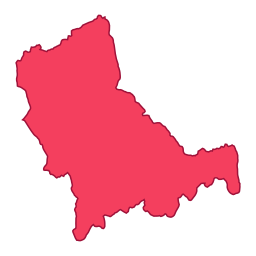 the district of Ikolomani, Western, Kenya
{"feature_id": "3690345B71377831828194", "entity_name": "Ikolomani", "entity_type": "district", "adm_level": 2, "iso_a3": "KEN", "parent_name": "Kenya", "parent_adm1": "Western", "projection": "equal_earth", "projection_center": [34.717, 0.194], "detail": "fine", "context": "isolated", "style": "filled", "palette": "rose", "viewbox_px": 256, "rotation_deg": 0, "n_neighbors": 0, "source": "geoboundaries", "source_scale": "gbopen_adm2", "svg_char_len": 5775}
<svg xmlns="http://www.w3.org/2000/svg" viewBox="0 0 256 256"><path d="M75.4,238.0L76.7,240.2L77.9,240.3L79.2,240.6L80.5,240.6L81.9,240.1L83.8,239.2L84.9,238.0L85.7,236.6L86.3,234.9L87.2,233.9L88.3,232.3L89.9,228.9L91.3,226.5L92.2,225.5L93.4,224.6L94.6,226.2L95.8,226.5L97.1,226.5L98.2,226.2L99.1,226.2L100.3,226.6L101.2,227.3L102.1,228.3L103.5,228.5L104.3,227.6L104.8,226.4L104.8,223.5L104.7,221.8L104.4,220.0L104.0,218.2L103.3,216.2L104.8,215.0L106.0,215.2L107.2,215.6L108.8,216.0L110.1,216.6L111.2,216.1L112.6,214.9L114.1,214.0L114.9,212.9L116.0,212.6L117.0,212.1L119.5,210.0L120.5,209.6L124.0,211.9L126.3,213.1L128.3,211.5L128.7,209.3L129.5,207.5L130.8,207.3L132.0,207.8L134.2,207.0L135.2,205.5L136.3,204.5L137.7,204.6L139.1,203.7L139.9,202.4L140.8,201.6L141.7,200.9L142.9,200.5L144.1,199.6L144.7,201.4L144.2,202.9L144.6,204.1L144.8,205.6L143.9,206.3L143.2,207.7L143.6,209.5L144.8,210.8L145.9,211.5L147.2,210.9L148.7,212.1L150.5,214.5L152.1,215.3L153.8,216.1L158.2,216.0L159.4,215.6L160.8,216.4L162.2,216.0L163.2,215.5L164.0,215.0L165.2,213.8L166.3,214.4L166.8,215.5L167.5,216.3L169.0,216.8L170.4,217.1L171.6,217.0L173.0,216.3L174.2,215.2L174.8,214.0L175.9,211.4L177.9,207.9L178.7,206.4L179.2,204.6L178.5,202.2L178.1,199.5L178.1,198.2L179.0,197.7L180.0,197.5L180.9,196.7L182.5,194.4L183.4,194.2L185.7,196.4L187.1,197.2L187.9,198.4L188.9,200.0L190.3,200.4L191.4,200.0L194.9,195.5L195.6,194.3L196.3,192.8L196.8,191.0L196.7,189.5L196.9,187.8L199.2,185.5L200.2,184.5L201.1,183.5L203.3,183.2L204.9,183.3L204.4,184.5L205.1,185.8L206.1,186.6L207.4,187.1L210.3,184.9L211.5,184.6L212.3,183.4L213.1,182.0L213.7,180.1L214.1,178.5L215.1,177.8L216.8,177.8L218.9,179.3L221.0,179.3L222.3,179.0L223.7,178.6L224.3,179.4L226.1,181.2L227.2,183.8L227.3,185.1L227.2,187.2L227.6,188.9L228.3,190.4L229.0,191.5L230.0,192.7L231.4,193.7L233.2,194.5L234.6,194.1L235.6,193.5L237.5,193.1L238.8,192.5L239.5,191.2L239.9,186.9L239.8,185.1L239.9,183.6L239.0,182.2L238.9,180.2L237.8,175.7L237.6,174.4L237.5,169.0L237.2,167.1L237.1,165.2L237.3,163.6L237.8,161.7L237.9,160.0L237.7,158.7L237.7,155.4L236.7,151.9L235.7,150.3L235.3,148.8L234.2,146.2L232.9,145.6L232.1,145.0L231.2,145.6L228.6,146.5L227.6,145.9L226.8,144.4L225.3,144.2L224.1,146.8L223.2,147.3L222.3,146.6L221.2,146.5L220.2,148.0L218.7,148.7L217.5,148.4L216.6,148.4L215.8,149.1L214.6,149.4L213.0,149.2L212.3,151.0L210.9,150.8L208.6,151.9L206.2,151.4L205.4,150.7L204.6,149.5L203.4,148.7L202.5,148.4L199.4,150.6L198.2,151.2L198.0,152.7L197.5,154.3L196.2,154.8L195.1,155.8L194.1,155.4L193.1,155.8L192.2,155.9L191.3,155.4L190.3,155.2L189.0,155.3L187.6,155.0L185.0,154.2L183.8,152.9L183.3,151.5L183.2,149.7L183.0,148.1L182.1,146.6L179.9,146.1L179.0,145.0L178.3,143.9L177.6,142.5L175.9,140.6L175.4,139.5L173.2,136.7L172.2,136.2L170.8,136.1L170.0,135.2L170.0,133.3L168.3,130.9L167.2,129.9L165.6,127.5L164.8,126.5L163.5,126.2L162.0,124.9L160.5,123.3L159.4,122.8L158.5,122.8L157.2,122.8L153.9,123.4L152.6,122.4L152.1,121.2L150.1,118.4L149.5,117.2L148.9,115.6L147.2,115.2L143.9,115.5L142.8,115.5L142.4,114.2L143.1,113.0L144.2,112.6L145.1,111.4L144.6,109.9L143.0,108.3L139.6,104.5L138.8,103.4L137.9,102.9L136.6,102.5L135.2,101.5L134.7,98.1L134.2,96.7L133.2,95.6L132.4,94.5L131.4,94.0L130.5,93.1L129.3,92.7L127.9,92.7L126.7,92.4L125.5,91.7L124.4,91.5L122.6,90.5L121.6,90.0L120.3,89.7L119.1,89.8L116.8,89.2L115.8,87.7L117.1,85.0L117.6,82.9L118.2,81.0L119.1,79.8L119.9,79.0L120.2,77.7L120.2,76.0L119.9,72.5L119.6,70.8L118.9,68.2L118.1,66.4L118.1,64.4L116.4,59.1L115.3,53.8L114.3,46.3L114.0,44.5L113.4,42.3L113.3,40.5L113.0,39.2L112.4,37.9L110.2,35.7L109.3,34.9L109.0,33.6L109.0,32.1L109.4,30.0L109.5,25.5L108.9,23.0L108.3,21.5L107.0,20.0L105.1,19.0L104.9,17.0L103.9,17.4L102.9,18.3L101.8,17.4L101.0,15.9L100.1,15.4L98.5,15.4L97.5,16.7L97.2,18.2L96.0,19.1L94.6,19.4L92.7,21.2L88.8,22.5L82.8,25.2L81.6,26.8L80.5,27.8L78.7,28.7L77.5,28.6L76.2,28.9L74.9,29.4L73.0,29.8L71.5,30.9L71.5,33.3L71.7,35.6L70.6,36.3L69.5,35.9L68.4,35.9L68.0,37.6L67.6,39.6L65.1,39.4L63.8,39.5L62.3,39.9L61.4,41.2L61.0,42.8L60.6,43.9L59.7,45.2L58.5,45.4L57.7,46.0L56.6,46.4L55.6,47.1L54.5,47.4L53.6,48.1L52.9,49.1L51.9,49.0L50.9,49.3L49.8,50.0L48.8,50.1L47.7,50.5L46.9,51.6L44.1,50.8L42.8,50.2L40.0,49.5L40.8,48.5L41.0,47.2L40.3,45.9L39.2,44.7L37.9,45.3L36.7,45.3L35.5,46.7L34.1,47.1L32.6,47.3L31.4,47.1L30.5,49.8L30.3,51.6L28.9,52.2L27.7,52.2L26.8,51.5L25.4,51.1L24.0,51.9L23.6,53.3L23.6,55.1L22.7,56.6L22.0,57.7L20.9,60.5L19.9,60.9L18.0,60.4L17.0,61.4L16.1,62.9L16.6,64.7L16.9,66.8L17.2,69.0L17.0,70.3L17.1,71.7L17.3,73.5L17.3,75.3L16.6,78.8L16.7,80.8L17.1,82.2L17.3,83.9L17.4,86.0L18.3,86.5L19.7,86.8L21.3,87.5L22.3,88.2L24.8,89.9L25.8,91.1L26.7,94.5L27.0,96.7L27.7,98.3L28.2,99.9L28.5,101.7L29.9,105.2L30.4,106.6L30.6,108.2L30.2,109.4L29.3,110.6L28.3,112.1L27.7,113.5L26.9,114.8L23.9,118.6L22.6,119.8L24.5,120.5L25.4,121.7L29.0,127.4L31.3,130.9L33.7,134.2L34.6,135.2L36.9,137.0L37.6,138.0L38.7,139.1L39.5,140.7L40.1,143.5L40.7,144.3L42.0,144.5L42.7,146.0L42.9,147.6L43.5,149.2L44.2,150.5L47.6,156.1L47.4,157.9L47.2,159.1L47.0,162.2L46.8,163.7L46.1,164.9L45.0,166.1L44.3,167.1L43.7,168.4L43.7,169.9L44.9,170.3L46.2,170.2L48.8,170.6L49.7,172.0L49.9,173.4L50.7,174.4L51.7,174.3L53.0,174.9L54.5,175.9L55.7,177.2L56.8,177.9L58.3,176.9L59.7,177.0L61.4,175.3L63.7,176.3L64.5,174.7L65.5,174.2L66.6,173.5L67.5,172.6L68.3,173.4L70.2,176.1L71.0,179.1L71.4,180.3L71.7,182.1L72.4,185.2L72.1,186.6L71.3,188.1L71.5,189.6L72.1,191.1L73.9,193.9L74.5,195.3L75.4,196.0L76.2,197.0L77.2,197.5L77.9,198.7L77.3,199.7L76.8,200.9L76.5,202.3L75.6,203.9L76.1,205.4L76.1,206.9L75.1,208.3L74.7,209.8L75.2,211.3L75.9,212.8L76.0,214.3L76.3,215.5L76.4,216.8L76.0,218.1L75.9,223.6L76.0,226.7L75.8,228.2L74.8,229.0L73.7,229.6L72.8,230.9L73.0,232.1L75.4,238.0Z" fill="#f43f5e" stroke="#9f1239" stroke-width="1.5"/></svg>